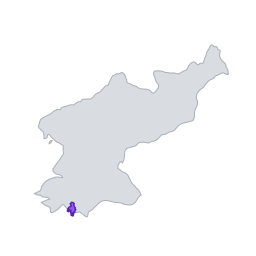 Yonan, Hwanghae-namdo, North Korea (highlighted), rotated 11°
{"feature_id": "82179303B35883429877711", "entity_name": "Yonan", "entity_type": "district", "adm_level": 2, "iso_a3": "PRK", "parent_name": "North Korea", "parent_adm1": "Hwanghae-namdo", "projection": "equal_earth", "projection_center": [126.071, 37.915], "detail": "fine", "context": "in_parent", "style": "filled", "palette": "violet", "viewbox_px": 256, "rotation_deg": 11, "n_neighbors": 0, "source": "geoboundaries", "source_scale": "gbopen_adm2", "svg_char_len": 4303}
<svg xmlns="http://www.w3.org/2000/svg" viewBox="0 0 256 256"><g transform="rotate(11 128 128)"><path d="M153.7,191.5L152.7,192.1L151.0,195.3L149.5,199.3L147.9,201.4L146.2,202.6L144.3,203.3L140.4,203.6L137.0,203.4L135.9,202.9L131.2,203.2L129.8,203.5L123.0,203.2L119.5,203.5L117.2,204.3L114.9,205.9L112.9,208.3L111.2,211.0L107.7,215.7L105.2,218.1L105.2,221.4L105.1,222.5L104.2,223.2L103.9,222.9L102.5,222.6L96.7,219.5L91.9,221.4L90.7,223.9L89.4,224.6L87.5,219.9L84.4,219.7L79.5,215.5L77.4,216.4L76.9,218.0L74.1,221.9L70.4,225.1L69.1,225.5L67.7,225.3L67.9,224.4L66.4,220.8L60.4,219.4L58.3,217.9L57.2,217.5L63.1,213.5L64.6,212.8L63.5,211.9L62.2,211.4L57.4,212.0L54.9,210.7L51.3,211.1L48.7,210.1L54.0,206.2L54.3,203.8L54.2,202.1L56.9,196.9L59.6,194.0L66.5,189.9L69.5,189.4L71.7,189.5L73.4,189.2L71.6,187.6L69.7,186.9L66.2,187.0L62.5,184.7L62.2,182.2L69.4,166.6L69.5,165.2L68.4,161.5L68.0,157.8L62.9,155.7L60.7,155.4L54.1,151.3L51.5,149.2L50.5,149.8L50.3,153.1L49.3,153.8L47.6,154.5L46.8,150.7L45.4,148.0L41.0,145.2L39.5,143.6L40.3,140.3L39.9,140.0L40.6,136.3L43.3,133.5L49.9,128.4L51.6,126.0L54.9,123.2L56.4,123.2L57.9,123.0L58.4,121.8L58.7,120.8L60.1,119.9L63.3,118.4L66.9,116.3L69.8,115.8L73.3,112.7L74.7,111.4L76.2,111.4L76.6,110.8L77.4,109.2L78.5,108.2L80.1,108.0L82.6,107.2L85.8,106.8L88.0,104.2L88.8,102.4L90.2,100.4L93.3,98.2L95.4,95.0L97.7,91.5L98.8,90.3L99.9,90.1L100.5,88.8L101.3,85.1L102.3,81.5L102.9,79.8L105.6,77.9L106.3,77.0L106.9,76.7L108.1,76.9L109.8,75.8L111.4,74.6L112.8,75.1L114.3,76.1L115.8,78.1L116.5,79.7L117.7,81.0L117.9,82.9L119.1,83.8L121.7,84.2L125.9,85.5L128.6,85.6L130.1,86.6L133.3,87.1L139.8,86.3L142.4,86.8L143.6,88.0L145.2,89.0L146.3,89.0L147.7,87.4L149.2,84.7L150.2,82.6L150.1,81.0L149.2,79.2L147.1,77.6L145.6,75.1L144.3,72.5L143.5,71.6L142.8,70.4L142.7,68.4L143.1,67.1L146.3,66.2L150.5,65.7L153.8,66.3L159.3,65.9L162.7,65.2L165.3,65.3L167.6,65.3L168.6,64.2L171.8,61.5L173.4,60.5L175.1,58.7L175.3,56.8L175.6,55.3L176.6,53.6L178.2,51.6L179.7,50.7L181.3,50.8L183.0,51.7L184.1,52.7L185.3,52.4L186.3,50.8L186.9,50.5L188.9,50.4L189.5,49.4L190.1,44.7L190.8,41.0L190.9,38.5L192.6,34.2L193.1,31.6L194.1,30.5L195.3,30.5L196.3,31.3L197.5,31.7L199.2,31.3L200.4,32.0L201.1,33.3L203.6,34.3L203.9,35.0L203.9,39.6L205.3,41.8L207.2,43.7L209.7,45.5L211.0,45.9L211.8,47.2L212.7,49.4L214.5,51.5L215.4,53.1L215.7,54.7L216.5,55.6L215.1,56.7L213.2,56.0L210.1,55.7L206.2,58.9L204.0,60.0L202.5,63.1L199.5,65.0L197.8,67.0L195.7,70.4L194.3,73.7L191.0,77.2L189.1,81.4L189.1,85.1L191.3,88.9L191.6,92.1L190.2,98.7L191.1,105.7L190.2,108.5L180.0,113.3L177.3,115.7L173.6,122.0L169.0,124.3L166.2,126.9L162.2,128.4L159.7,132.8L157.0,135.4L153.6,136.9L151.2,138.8L145.6,139.0L141.6,140.3L138.9,144.0L130.5,148.3L129.3,151.5L129.9,156.4L130.0,160.2L129.3,163.3L127.4,162.4L126.4,163.5L125.3,166.4L125.7,169.6L128.6,170.7L131.0,172.1L134.3,172.7L136.8,174.3L142.1,181.2L146.5,184.3L147.6,185.4L150.1,186.9L152.4,189.4L153.7,191.5ZM55.1,157.4L53.5,158.5L53.5,156.6L54.7,155.0L56.0,154.7L55.1,157.4Z" fill="#d9dde1" stroke="#a8b0b8" stroke-width="1"/><path d="M84.3,221.0L84.6,221.1L84.8,221.4L85.3,221.4L85.5,221.4L85.5,221.2L85.1,220.8L85.1,220.6L85.3,220.2L85.2,220.1L85.1,219.8L85.0,219.7L84.8,219.5L85.4,219.1L85.6,219.1L85.8,219.3L85.9,219.7L86.3,219.9L86.5,220.1L86.5,220.4L86.8,220.6L87.0,220.8L87.4,220.0L87.4,219.8L87.7,219.8L87.7,220.0L87.8,220.2L87.9,221.3L88.0,221.7L87.9,221.9L88.0,222.2L88.2,222.3L88.3,222.6L88.5,222.7L88.5,222.9L88.8,222.9L88.8,223.1L89.0,223.0L89.1,222.9L89.1,223.4L88.9,224.1L88.9,224.4L89.0,224.4L89.3,224.5L89.9,224.8L90.6,224.8L90.8,224.7L90.9,223.7L91.0,223.4L90.8,223.2L90.8,222.9L90.7,222.7L90.6,222.2L90.4,221.8L90.4,221.5L90.5,221.2L91.0,220.9L91.7,220.8L91.6,220.1L91.9,219.3L92.1,218.7L92.2,218.0L91.8,217.7L91.5,217.5L91.3,217.2L91.4,216.8L91.5,216.5L91.2,216.2L90.8,215.9L90.1,215.1L89.9,214.7L89.7,214.2L89.6,213.8L89.5,213.3L89.5,213.0L89.5,212.6L89.5,212.4L89.4,212.3L88.9,212.1L88.3,211.7L87.7,211.7L87.1,211.7L86.9,211.7L86.8,211.9L86.6,212.2L86.4,212.5L86.1,213.0L85.8,213.4L86.0,213.8L86.3,214.1L86.6,214.5L86.9,214.8L87.1,215.3L86.9,215.6L86.5,216.0L86.0,216.4L85.6,216.7L85.3,217.0L84.9,217.8L84.5,218.7L84.4,219.7L84.3,220.5L84.3,221.0ZM90.9,221.4L90.7,221.3L90.6,221.5L90.6,221.9L90.9,221.4Z" fill="#8b5cf6" stroke="#5b21b6" stroke-width="1.5"/></g></svg>